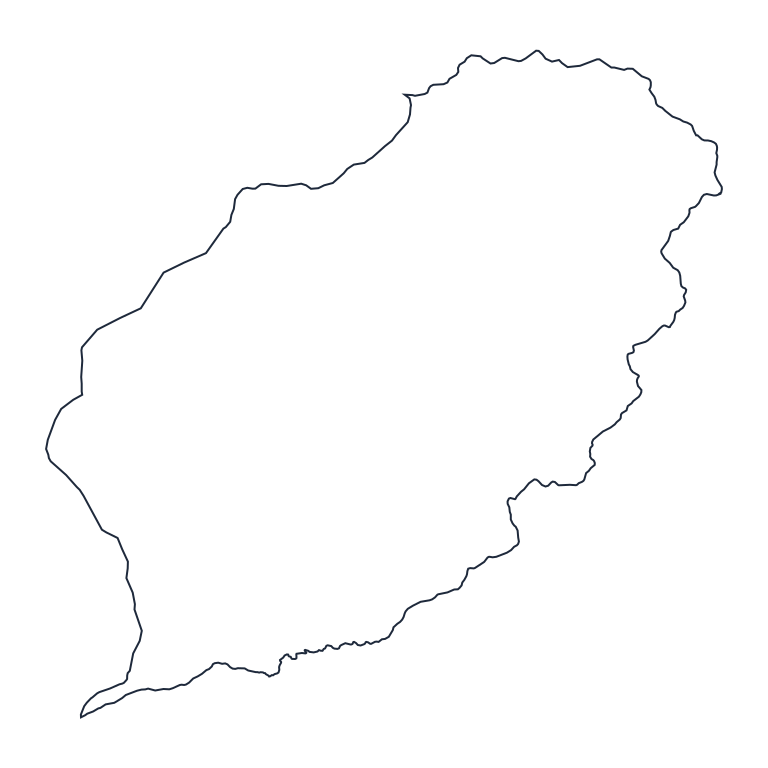 Batrana, Hunedoara, Romania
{"feature_id": "2599482B72212253659890", "entity_name": "Batrana", "entity_type": "district", "adm_level": 2, "iso_a3": "ROU", "parent_name": "Romania", "parent_adm1": "Hunedoara", "projection": "mercator", "projection_center": [22.608, 45.81], "detail": "fine", "context": "isolated", "style": "outline", "palette": "slate", "viewbox_px": 768, "rotation_deg": 0, "n_neighbors": 0, "source": "geoboundaries", "source_scale": "gbopen_adm2", "svg_char_len": 6039}
<svg xmlns="http://www.w3.org/2000/svg" viewBox="0 0 768 768"><path d="M648.6,78.9L641.8,76.3L632.8,68.8L627.5,68.6L624.1,69.9L614.2,67.5L611.3,67.5L599.4,59.3L597.1,59.3L580.0,65.8L567.6,67.1L562.0,63.1L559.0,60.0L552.0,61.6L545.6,58.7L542.5,54.5L538.7,50.9L536.1,50.7L525.7,58.4L521.1,60.9L518.5,61.2L504.9,57.8L502.1,58.1L494.2,63.0L490.5,63.5L482.7,58.4L480.6,56.3L471.3,55.3L466.8,58.2L464.6,61.7L459.6,64.7L458.0,68.0L458.3,71.9L456.3,74.9L449.5,78.8L447.4,82.5L443.6,84.2L433.3,84.8L430.6,86.2L429.1,88.1L427.4,92.6L424.7,94.0L415.0,95.8L412.4,95.1L404.7,94.7L409.6,98.4L411.0,105.1L410.5,107.7L410.0,114.4L407.7,122.2L396.0,135.1L392.0,140.6L384.9,146.2L372.3,157.5L368.2,160.0L364.5,162.9L353.8,164.6L347.3,168.9L343.7,173.3L332.8,183.0L324.2,185.3L318.3,188.2L311.0,188.8L306.2,185.3L301.2,183.7L286.7,186.0L278.5,185.8L268.5,183.9L261.1,184.3L255.4,188.6L252.6,188.7L247.3,187.8L242.7,189.0L237.5,194.8L235.1,199.1L233.8,209.0L231.4,214.9L230.2,221.8L225.8,227.1L223.4,228.6L206.0,253.1L184.1,262.6L163.6,272.6L140.8,308.3L120.3,317.9L97.2,329.7L82.0,347.3L81.4,350.3L82.3,360.8L81.2,377.0L81.7,383.7L81.7,391.6L82.2,394.8L73.2,399.8L61.2,408.9L55.1,419.9L47.8,439.8L46.1,449.0L48.3,454.7L48.9,458.1L50.7,461.3L66.1,475.0L76.8,487.0L79.7,489.8L83.6,495.9L101.9,529.7L106.3,532.4L117.6,538.0L122.2,549.3L127.9,561.6L127.7,568.4L126.4,578.1L132.7,592.6L134.9,604.2L134.5,609.5L141.8,630.8L139.7,640.9L133.2,653.4L129.8,670.8L127.7,673.1L127.2,675.4L127.1,679.0L126.3,680.2L123.8,682.9L122.3,683.6L119.5,684.3L110.0,688.5L99.4,692.1L97.2,693.3L92.4,697.4L91.0,698.3L86.8,702.7L84.2,706.2L80.9,714.5L81.0,717.3L85.2,715.2L87.2,713.7L93.1,711.5L98.3,708.4L100.4,707.9L105.6,704.4L114.3,702.8L122.1,698.1L125.8,695.0L137.1,690.7L141.5,689.6L145.3,689.4L148.1,688.6L155.2,690.5L163.5,689.0L169.3,689.3L172.8,688.2L179.8,685.0L181.6,684.7L184.1,685.0L185.9,684.6L189.1,682.6L193.2,678.5L197.7,676.4L202.0,673.8L206.4,670.1L209.0,669.1L211.8,666.5L212.9,664.2L214.7,663.2L218.2,662.7L222.1,663.8L225.2,663.4L227.5,664.4L230.1,667.1L232.6,668.6L235.3,668.9L237.8,668.2L244.7,668.4L248.2,670.5L255.6,672.1L257.3,672.1L259.2,672.6L260.6,672.2L262.9,672.4L263.9,673.0L265.2,673.2L265.8,674.1L268.6,675.7L269.1,676.5L269.9,676.4L271.9,675.1L273.0,675.3L274.6,674.1L277.2,673.4L278.5,672.5L279.3,669.9L279.1,667.1L279.6,665.4L281.1,662.7L281.1,661.9L280.1,660.8L280.0,660.0L283.2,657.6L284.6,655.5L286.9,654.4L288.2,654.6L288.5,655.8L289.1,656.4L290.7,656.8L291.5,658.5L292.0,658.9L295.1,659.0L296.3,658.4L296.5,657.2L296.3,654.4L296.5,653.8L301.9,653.0L305.4,653.4L306.0,653.2L306.3,652.8L304.7,650.6L304.8,650.1L305.2,649.9L308.2,650.8L309.6,651.9L313.7,652.4L317.5,651.5L319.0,650.1L320.7,650.7L322.5,650.8L323.7,649.0L325.1,648.4L326.4,645.8L327.7,645.3L331.3,646.1L332.8,647.8L334.4,648.6L337.5,648.9L339.0,648.3L340.1,645.9L341.2,645.1L345.3,643.2L350.5,644.5L351.6,644.4L352.5,643.9L353.4,642.0L354.1,641.9L356.1,643.1L357.8,645.0L360.6,645.5L364.1,644.2L365.1,643.5L365.6,642.3L366.2,641.9L368.0,642.3L370.2,643.8L371.2,643.8L375.0,641.8L376.6,641.6L378.6,641.9L381.9,639.3L385.1,638.9L388.8,636.8L392.8,630.1L393.5,627.3L397.3,623.8L400.1,621.9L402.2,619.6L403.6,617.0L404.7,613.4L405.6,611.4L407.8,608.8L412.9,605.7L420.6,601.8L429.5,600.3L432.1,599.4L435.0,597.4L437.4,594.7L438.2,594.3L447.5,592.4L454.2,589.5L457.9,589.3L459.6,587.8L461.6,585.4L462.3,582.5L464.3,579.9L466.4,576.1L467.0,574.2L467.4,571.1L468.2,568.7L470.2,568.1L473.8,568.4L475.1,567.9L484.2,561.9L487.5,557.6L488.6,556.9L489.7,556.8L492.6,557.3L496.3,556.8L506.9,552.7L511.1,550.1L514.1,546.8L516.9,545.3L518.1,544.0L518.9,541.6L518.2,537.5L517.6,530.5L515.7,526.7L514.4,525.7L512.6,523.4L510.8,519.5L510.8,514.6L509.8,511.9L509.3,507.3L507.7,503.9L507.6,502.6L507.6,501.3L508.9,498.6L510.4,498.0L515.0,499.2L515.4,499.0L516.8,496.4L521.0,491.8L524.1,489.3L528.9,483.3L534.3,479.4L536.5,479.7L538.5,481.2L542.0,485.0L545.5,486.5L548.2,485.7L551.2,482.5L552.7,481.6L554.9,482.0L558.1,485.0L558.9,485.3L569.9,484.8L576.0,485.2L577.2,484.7L578.7,483.2L581.9,481.9L583.4,480.9L584.3,479.5L586.1,473.1L588.9,470.8L590.7,468.2L594.7,464.9L594.8,463.0L594.1,461.1L593.3,460.1L591.5,459.0L590.1,456.7L590.3,454.0L589.8,451.4L590.4,447.9L592.5,445.6L592.6,444.6L592.0,443.3L592.1,442.0L593.3,439.5L602.9,431.5L610.5,427.6L614.9,424.3L616.6,422.2L619.8,419.5L620.7,418.0L621.0,414.5L622.0,413.1L626.5,410.4L627.8,406.0L631.6,403.4L633.2,401.1L638.9,396.7L640.4,394.4L641.3,392.2L641.4,390.0L638.0,386.0L636.9,381.7L637.0,380.0L637.6,378.3L638.8,376.5L638.8,375.9L638.4,375.3L632.9,372.1L630.5,369.2L629.8,366.2L628.8,364.4L627.6,359.4L627.4,356.6L627.7,354.7L628.4,353.9L632.1,352.9L633.4,352.2L633.9,350.6L633.1,346.9L633.4,345.8L635.4,344.8L645.5,341.8L647.7,340.5L654.7,334.1L659.4,328.8L662.4,326.2L663.9,325.5L664.9,325.5L668.8,327.2L669.9,327.0L670.4,325.8L673.3,321.9L674.2,320.0L674.7,317.9L675.0,314.8L675.9,312.4L676.6,311.7L678.7,311.1L680.2,309.6L682.6,308.0L684.0,305.9L685.4,302.5L685.2,300.7L683.7,296.4L684.1,294.9L685.7,292.4L686.2,289.8L685.1,288.4L682.9,287.5L681.4,286.1L680.8,283.7L680.2,275.8L679.3,272.5L677.7,270.2L673.2,267.7L669.7,262.9L664.8,258.6L661.6,253.3L661.2,251.7L661.5,250.1L668.2,240.9L669.9,235.9L670.8,232.1L671.2,231.6L673.4,230.0L678.2,228.6L680.1,224.8L683.8,222.2L688.3,216.3L689.5,212.8L689.4,210.0L689.7,209.0L690.9,208.2L695.0,206.9L696.0,206.1L698.9,203.0L701.9,197.0L703.9,194.8L706.8,194.0L713.9,195.5L716.2,195.4L720.5,193.8L720.7,193.3L720.1,193.1L721.2,192.4L721.9,189.1L721.7,186.9L717.4,179.9L715.4,175.5L714.6,172.4L716.6,164.6L716.6,162.1L717.3,157.2L717.3,155.8L716.3,153.1L717.0,149.8L717.1,147.5L716.8,145.8L715.9,143.8L714.0,142.4L711.3,141.2L708.1,140.5L704.3,140.4L701.8,139.3L697.5,135.3L696.1,135.3L693.8,130.9L692.1,125.9L690.7,124.5L687.1,122.6L683.3,121.5L679.8,119.3L672.5,116.6L665.3,110.9L662.3,107.9L658.1,106.0L656.7,104.5L656.1,103.3L655.5,99.9L654.3,96.7L651.6,93.1L649.4,89.6L650.5,87.2L650.8,85.3L650.8,82.2L650.4,81.2L650.0,80.2L648.6,78.9Z" fill="none" stroke="#1e293b" stroke-width="2"/></svg>